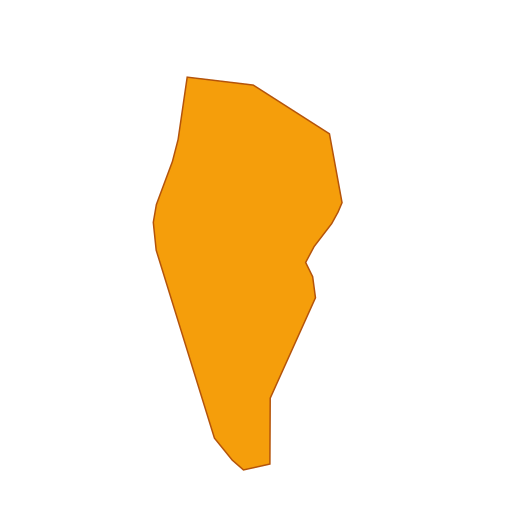 the border of Žiri, rotated 242°
{"feature_id": "SVN-1021", "entity_name": "Žiri", "entity_type": "Municipality", "adm_level": 1, "iso_a3": "SVN", "parent_name": "Slovenia", "parent_adm1": "", "projection": "natural_earth1", "projection_center": [14.104, 46.045], "detail": "fine", "context": "isolated", "style": "filled", "palette": "amber", "viewbox_px": 512, "rotation_deg": 242, "n_neighbors": 0, "source": "natural_earth", "source_scale": "10m", "svg_char_len": 420}
<svg xmlns="http://www.w3.org/2000/svg" viewBox="0 0 512 512"><g transform="rotate(242 256 256)"><path d="M114.7,133.8L308.0,170.6L333.9,181.1L348.2,192.2L378.7,226.6L395.4,241.9L446.2,279.2L408.2,333.8L329.4,378.2L262.7,357.0L256.3,349.1L249.1,338.1L237.1,311.8L227.0,296.8L211.1,296.3L191.2,288.9L123.8,201.8L65.8,170.6L73.0,144.5L86.9,139.2L114.7,133.8Z" fill="#f59e0b" stroke="#b45309" stroke-width="1.5"/></g></svg>